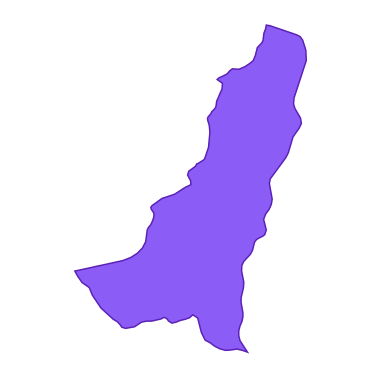 SVG path tracing the border of Abkhazia, rotated 87°
{"feature_id": "GEO-3015", "entity_name": "Abkhazia", "entity_type": "Autonomous Republic", "adm_level": 1, "iso_a3": "GEO", "parent_name": "Georgia", "parent_adm1": "", "projection": "orthographic", "projection_center": [41.203, 42.991], "detail": "fine", "context": "isolated", "style": "filled", "palette": "violet", "viewbox_px": 384, "rotation_deg": 87, "n_neighbors": 0, "source": "natural_earth", "source_scale": "10m", "svg_char_len": 1928}
<svg xmlns="http://www.w3.org/2000/svg" viewBox="0 0 384 384"><g transform="rotate(87 192 192)"><path d="M56.4,70.9L66.7,71.0L103.5,85.2L109.4,86.0L114.1,84.8L123.8,79.8L129.3,79.2L133.6,81.5L134.9,82.5L142.4,88.3L157.7,93.7L162.6,96.5L183.0,113.2L187.6,114.3L203.3,112.3L208.4,113.4L213.2,115.8L217.9,119.6L223.1,121.9L233.8,119.8L238.4,121.6L239.8,123.6L241.9,128.4L243.3,130.5L245.5,132.2L253.3,134.6L257.3,137.0L264.0,143.9L268.1,146.1L273.6,146.6L284.6,145.0L290.1,145.6L299.9,148.4L304.6,148.8L315.1,147.5L319.5,147.7L323.9,148.9L328.6,151.2L333.4,152.6L338.2,152.8L343.0,151.8L354.8,145.0L352.8,149.9L351.2,155.3L351.8,161.2L351.9,166.9L349.9,172.8L346.9,177.8L343.5,181.8L340.7,186.6L332.8,190.0L318.2,192.9L317.0,194.4L314.7,197.6L317.4,201.0L318.7,205.3L319.6,210.2L319.8,210.9L321.1,214.5L321.9,219.0L319.6,222.2L317.7,223.4L316.1,225.2L316.0,227.4L317.1,229.3L318.8,238.8L318.6,244.1L319.3,249.2L323.6,256.5L324.2,261.4L324.7,265.4L323.4,269.1L320.7,270.8L317.6,273.4L315.2,277.0L315.0,277.3L303.1,289.0L290.0,296.8L289.6,297.0L282.1,299.6L280.0,302.2L276.7,306.5L270.9,310.1L269.2,311.0L265.6,312.8L264.8,313.1L256.9,264.8L254.2,256.6L250.3,249.8L245.3,244.4L239.1,240.8L227.5,238.7L225.1,237.3L222.6,235.0L219.0,233.0L215.1,231.5L212.1,231.1L210.3,231.6L207.3,233.5L205.3,233.9L203.7,232.9L196.9,222.4L193.4,209.7L187.1,198.7L184.6,192.7L180.8,192.8L174.9,195.5L171.1,194.2L166.6,187.3L164.0,185.6L163.9,184.6L160.4,178.4L159.4,177.6L148.4,173.2L133.3,171.0L126.3,171.3L121.4,172.5L119.6,172.7L117.8,172.0L114.9,169.1L113.4,168.4L112.7,167.9L110.2,165.1L108.8,164.0L107.4,163.5L102.6,162.6L90.6,156.6L85.0,155.9L81.0,161.0L79.5,159.3L77.3,153.7L76.0,151.0L72.6,147.5L71.1,145.3L71.9,138.7L69.6,132.6L66.3,127.0L64.0,124.0L59.3,121.7L51.2,119.2L46.4,114.2L44.2,113.1L37.3,111.9L32.7,109.9L29.2,109.1L30.0,105.5L40.6,79.1L42.6,75.8L46.2,73.5L56.4,70.9Z" fill="#8b5cf6" stroke="#5b21b6" stroke-width="1.5"/></g></svg>